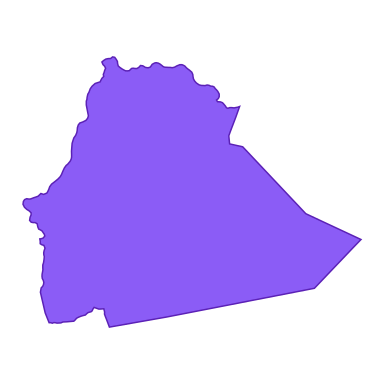 Brejolândia, Bahia, Brazil
{"feature_id": "56859067B59046067616005", "entity_name": "Brejolândia", "entity_type": "district", "adm_level": 2, "iso_a3": "BRA", "parent_name": "Brazil", "parent_adm1": "Bahia", "projection": "robinson", "projection_center": [-43.939, -12.468], "detail": "fine", "context": "isolated", "style": "filled", "palette": "violet", "viewbox_px": 384, "rotation_deg": 0, "n_neighbors": 0, "source": "geoboundaries", "source_scale": "gbopen_adm2", "svg_char_len": 2842}
<svg xmlns="http://www.w3.org/2000/svg" viewBox="0 0 384 384"><path d="M117.6,63.5L117.4,61.4L116.2,59.3L114.7,57.3L112.6,56.9L110.6,58.5L108.1,58.6L105.8,59.1L103.6,60.5L101.9,62.0L103.0,64.6L104.5,66.1L105.6,68.2L104.6,70.6L104.1,72.5L103.3,74.4L103.7,76.5L102.0,78.2L100.9,80.2L100.1,81.9L98.4,82.4L95.1,83.5L92.1,86.2L90.3,88.7L88.9,92.4L87.8,94.2L87.1,97.3L86.9,99.4L86.3,101.1L86.3,105.0L86.7,107.1L87.6,111.8L88.4,115.9L87.6,118.3L85.9,120.4L82.7,122.0L79.8,123.0L78.3,124.9L77.4,127.7L77.2,130.4L76.8,132.6L75.7,135.3L73.8,138.0L72.7,141.4L72.1,143.4L71.9,146.1L71.5,151.2L71.6,154.4L71.6,157.1L71.2,159.1L70.2,161.2L67.6,164.3L66.2,165.4L64.4,167.9L62.9,171.1L61.5,174.5L60.2,176.7L57.9,179.1L54.6,181.8L51.6,184.1L49.7,186.7L48.9,189.0L47.8,191.5L46.8,193.1L43.6,194.4L40.9,193.5L38.1,196.2L35.4,197.2L33.8,197.7L30.7,198.9L29.1,199.1L26.7,198.7L24.6,199.6L23.4,201.4L23.0,204.3L24.5,207.3L26.8,209.4L29.2,210.9L31.1,212.8L31.1,214.9L30.1,217.2L29.6,220.4L31.2,222.2L33.2,222.6L35.2,222.6L37.2,223.8L37.8,226.9L38.7,229.1L40.2,229.8L42.1,231.0L43.2,232.7L44.2,234.1L44.8,236.0L43.2,238.0L41.3,238.7L39.8,238.9L40.2,241.1L40.2,243.7L41.7,244.7L43.9,245.4L45.0,248.2L44.1,250.7L43.7,252.8L43.8,254.7L44.3,256.7L44.0,259.6L43.5,262.8L42.8,265.0L42.8,268.0L42.9,269.8L42.5,272.1L42.1,274.2L42.0,276.3L42.3,278.6L43.3,280.4L43.8,282.4L43.5,284.5L42.7,286.3L41.2,287.9L40.8,290.0L40.4,292.2L45.2,312.9L49.1,322.7L50.8,322.7L52.3,323.2L53.8,322.6L55.3,322.7L57.0,323.1L58.9,323.0L60.9,322.9L62.9,322.0L66.8,321.8L73.8,321.2L75.4,319.7L76.4,318.4L77.7,317.6L79.5,316.8L81.3,316.1L83.0,315.6L85.4,315.0L86.7,313.7L87.9,312.7L89.3,312.2L91.0,311.8L92.2,310.8L92.8,309.3L94.1,307.4L96.3,308.2L98.9,309.1L101.2,309.0L103.8,308.8L104.6,312.0L104.5,314.1L105.5,316.9L106.5,319.4L109.4,327.1L166.7,317.0L223.9,305.9L250.0,300.8L314.4,288.3L352.8,248.0L361.0,239.5L322.2,221.4L305.8,213.7L242.7,146.8L229.6,143.9L228.8,135.8L230.2,131.9L235.8,117.2L239.6,106.5L237.8,107.2L236.0,107.5L234.1,107.9L231.6,107.6L229.7,107.6L227.9,108.3L226.4,107.7L225.6,106.3L223.8,104.1L222.5,102.7L220.5,101.9L217.5,101.7L216.5,100.0L218.3,98.6L219.2,96.7L219.2,94.0L217.8,91.4L216.4,89.7L215.2,88.6L214.3,87.1L212.8,86.3L210.7,86.1L209.0,85.3L207.1,85.0L205.0,85.6L203.5,85.5L201.3,85.4L199.2,84.9L196.4,83.0L194.7,81.1L193.5,79.0L193.0,76.5L192.8,74.5L191.8,72.2L189.4,70.1L188.0,69.1L186.4,67.8L184.9,66.1L183.5,65.3L182.0,64.7L179.8,64.7L176.8,65.9L174.5,67.2L172.2,67.7L170.2,67.4L168.4,67.4L166.8,67.3L164.7,67.2L163.2,66.6L161.9,65.5L159.8,63.9L158.2,63.1L156.1,62.7L154.6,63.0L152.2,64.3L150.4,67.0L148.1,67.8L145.4,67.4L142.8,65.8L140.5,65.5L139.0,67.2L137.0,68.5L135.1,68.5L133.2,68.2L131.7,68.4L130.5,69.4L129.4,70.6L127.3,70.9L125.5,70.8L124.1,70.1L122.3,69.1L119.7,67.3L118.2,65.9L117.6,63.5Z" fill="#8b5cf6" stroke="#5b21b6" stroke-width="1.5"/></svg>